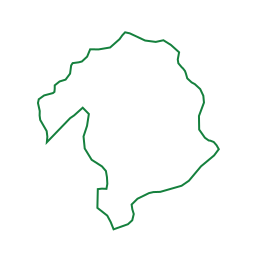 the border of Bingöl, rotated 342°
{"feature_id": "TUR-2308", "entity_name": "Bingöl", "entity_type": "Province", "adm_level": 1, "iso_a3": "TUR", "parent_name": "Turkey", "parent_adm1": "", "projection": "albers", "projection_center": [40.639, 39.029], "detail": "fine", "context": "isolated", "style": "outline", "palette": "green", "viewbox_px": 256, "rotation_deg": 342, "n_neighbors": 0, "source": "natural_earth", "source_scale": "10m", "svg_char_len": 1120}
<svg xmlns="http://www.w3.org/2000/svg" viewBox="0 0 256 256"><g transform="rotate(342 128 128)"><path d="M104.7,50.5L111.2,47.5L116.3,41.5L124.5,44.2L135.9,45.9L147.4,40.9L151.2,38.1L154.8,36.1L158.9,38.5L171.3,50.1L181.0,54.7L188.8,55.5L194.5,62.3L200.0,71.8L196.5,78.2L195.9,82.0L197.9,86.9L198.7,88.3L199.8,91.4L199.9,94.0L199.7,99.1L202.6,104.3L205.1,106.9L208.7,113.3L209.6,120.6L208.1,127.3L199.2,138.5L195.2,151.5L198.1,161.0L200.9,164.8L202.4,165.5L205.2,167.8L206.9,171.8L207.8,176.2L201.4,180.7L185.6,187.0L169.6,197.0L161.1,199.5L138.9,198.7L132.4,196.8L127.9,196.4L115.2,198.2L107.8,201.9L107.0,206.6L106.9,211.6L103.5,217.1L98.2,219.5L83.0,219.9L82.5,212.2L81.2,204.9L74.2,194.5L80.4,176.8L84.4,177.6L88.7,179.2L91.1,174.7L92.8,168.2L93.7,162.1L91.4,156.5L83.6,147.0L80.5,134.1L83.1,122.3L89.7,113.3L95.1,102.6L91.2,94.7L80.6,99.4L76.1,100.7L46.4,116.5L48.6,111.4L49.7,105.8L47.0,93.2L47.8,88.8L49.3,84.6L50.1,76.4L52.0,73.1L58.3,71.1L67.4,71.6L69.2,70.9L70.4,68.1L71.5,64.8L77.3,62.6L83.6,62.7L89.7,58.4L93.3,50.9L95.4,49.2L101.4,50.3L104.7,50.5Z" fill="none" stroke="#15803d" stroke-width="2"/></g></svg>